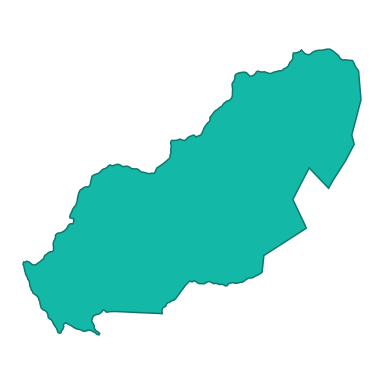 Iaçu, Bahia, Brazil
{"feature_id": "56859067B4300618576935", "entity_name": "Iaçu", "entity_type": "district", "adm_level": 2, "iso_a3": "BRA", "parent_name": "Brazil", "parent_adm1": "Bahia", "projection": "orthographic", "projection_center": [-40.195, -12.802], "detail": "fine", "context": "isolated", "style": "filled", "palette": "teal", "viewbox_px": 384, "rotation_deg": 0, "n_neighbors": 0, "source": "geoboundaries", "source_scale": "gbopen_adm2", "svg_char_len": 4785}
<svg xmlns="http://www.w3.org/2000/svg" viewBox="0 0 384 384"><path d="M26.4,261.2L25.3,262.3L23.7,261.9L23.0,264.2L23.8,266.1L24.3,268.6L24.6,270.3L25.3,272.6L25.7,274.5L26.6,276.0L27.3,277.3L27.8,279.3L29.1,280.8L29.5,283.0L29.8,285.8L30.8,288.0L31.3,290.1L32.5,291.2L33.0,293.1L34.7,294.3L36.1,295.3L37.7,296.7L38.5,298.0L38.8,299.4L39.4,300.8L39.9,302.5L40.0,303.9L40.6,305.8L41.1,307.8L43.1,309.9L44.9,310.5L46.0,311.4L47.1,312.6L48.0,315.2L48.1,317.3L49.6,319.0L51.1,319.6L52.4,321.3L53.2,323.4L54.1,324.8L55.2,326.5L56.6,328.5L57.4,330.8L58.0,332.6L59.8,333.3L61.2,332.4L61.4,331.0L62.6,329.6L63.3,328.1L63.8,326.8L63.5,325.1L64.0,323.8L65.7,322.8L67.8,324.0L70.3,325.1L72.5,326.6L73.8,327.4L75.3,328.3L77.1,329.0L79.2,329.5L81.1,330.0L83.0,331.1L84.5,331.3L86.3,330.9L88.2,330.2L89.9,330.2L91.9,330.9L94.1,332.2L95.7,333.2L97.1,334.4L98.9,334.9L99.8,333.5L98.3,332.2L97.1,331.3L95.6,330.4L94.4,328.3L94.3,326.0L93.4,324.0L92.5,322.7L91.6,321.1L92.4,318.7L92.9,316.8L94.3,315.5L96.1,314.7L98.8,314.0L100.8,312.8L102.1,311.4L103.3,310.1L104.7,310.4L105.9,312.0L107.7,312.1L110.2,311.6L115.0,311.5L119.7,311.7L126.4,312.0L130.5,312.2L138.6,312.6L162.3,313.6L161.9,311.1L162.5,308.4L164.1,307.0L165.8,306.2L166.3,304.4L167.7,302.8L169.6,302.4L170.7,301.3L172.4,300.5L174.1,300.1L175.7,298.6L185.6,285.2L189.6,281.1L192.2,281.9L194.3,280.6L195.9,281.5L197.1,282.6L198.9,283.6L201.3,283.7L203.9,283.8L206.1,282.8L207.3,281.9L209.0,281.6L210.7,282.0L212.2,282.8L213.7,283.7L215.7,283.1L218.0,284.1L220.0,284.5L222.3,284.3L224.0,285.0L225.3,285.9L227.3,285.6L228.2,283.9L230.5,283.1L232.5,282.5L234.2,283.1L236.6,283.4L238.2,282.9L240.0,282.4L242.6,282.1L244.2,281.0L245.5,280.0L246.8,279.2L248.2,278.1L249.8,278.0L251.4,278.0L253.3,277.4L255.1,276.2L256.9,275.4L258.5,274.7L259.6,273.9L260.9,273.3L262.1,272.1L263.9,255.5L306.2,228.3L305.3,225.6L292.8,199.4L293.9,197.5L300.1,185.4L309.2,168.0L328.6,188.3L332.7,180.9L345.4,161.0L354.2,144.3L351.8,134.9L357.1,114.8L360.4,102.0L361.0,100.0L358.6,71.1L357.4,69.2L356.2,67.8L355.1,65.9L353.6,62.3L352.6,60.6L350.2,60.3L348.3,60.3L346.7,59.9L345.2,59.8L343.4,60.0L341.7,59.6L339.8,57.8L338.6,55.7L337.1,54.3L335.8,53.4L333.7,51.5L332.1,50.5L329.7,49.1L326.7,49.2L324.8,49.6L322.0,50.2L320.6,50.2L318.9,50.2L316.8,50.6L315.1,51.0L313.6,51.7L312.1,52.5L310.7,54.0L309.1,54.6L307.1,54.5L305.8,54.0L304.6,53.3L302.6,51.3L301.4,49.9L300.3,51.2L298.6,52.1L297.1,52.6L295.6,52.9L293.4,53.0L292.9,54.9L292.9,58.5L291.7,60.6L290.1,62.0L289.4,63.4L288.2,66.1L285.9,68.0L283.8,68.8L282.3,70.5L279.7,70.8L277.5,71.2L275.6,71.8L273.9,72.1L272.4,72.8L271.0,73.5L268.8,73.3L266.5,72.5L264.6,71.8L262.4,72.0L260.8,71.9L259.3,71.5L257.5,71.1L256.3,71.9L255.6,73.3L254.1,74.9L251.9,76.0L249.5,76.0L247.9,74.1L246.6,72.8L245.1,72.3L243.6,72.1L241.9,72.4L239.9,72.7L238.0,73.2L236.4,73.9L235.0,75.5L234.7,78.7L234.2,80.6L233.0,82.2L232.0,84.0L232.3,86.9L232.7,89.5L232.4,92.1L232.4,93.6L232.3,95.8L231.9,97.5L230.7,99.1L229.0,100.6L226.7,101.1L225.5,102.2L224.2,103.1L223.0,104.4L222.2,106.0L220.5,107.0L218.7,108.3L217.0,109.9L215.4,110.6L214.3,111.9L213.1,113.3L211.6,115.5L209.9,117.4L210.1,119.7L209.3,121.7L207.7,122.9L205.8,125.3L204.5,127.3L203.7,128.7L202.8,131.5L201.5,133.8L200.6,135.0L197.8,136.2L195.8,137.0L194.4,135.3L192.9,135.2L191.4,135.9L189.6,136.5L188.4,137.2L187.3,138.1L186.4,139.3L184.6,140.6L182.8,140.2L179.9,139.1L177.9,139.9L176.4,140.3L174.0,140.5L171.8,140.3L170.8,141.7L170.7,143.7L171.3,145.8L170.9,148.4L170.7,151.3L171.0,153.1L170.0,155.1L170.2,157.4L169.2,158.5L166.5,160.9L164.6,162.5L162.9,163.9L160.6,165.5L158.4,167.0L156.8,168.0L155.9,169.9L155.1,172.1L154.0,173.5L151.7,173.1L150.0,173.7L147.2,173.3L145.8,172.8L143.5,172.3L141.2,171.9L139.6,170.7L138.5,169.6L136.6,168.8L134.1,168.9L131.7,168.7L129.4,167.0L127.0,166.1L125.0,166.3L123.1,166.7L121.7,166.1L120.1,164.9L117.7,164.2L115.2,164.9L112.3,165.9L110.0,164.9L108.4,165.9L106.8,167.7L104.8,168.6L102.4,169.5L100.5,171.6L98.9,173.0L96.9,173.8L94.2,174.8L92.0,176.2L91.4,178.6L90.8,181.5L90.1,185.0L89.2,186.3L87.5,186.8L85.7,186.9L84.2,187.4L82.7,188.4L80.9,189.5L79.8,190.6L79.0,192.6L78.4,194.3L78.0,195.9L77.6,197.6L77.4,199.1L77.2,201.0L76.5,203.1L75.8,205.2L74.6,206.5L73.7,207.7L72.5,209.5L71.9,211.6L71.0,213.2L70.3,214.8L69.8,216.4L69.9,217.8L71.6,218.3L73.7,218.7L73.8,220.4L73.7,222.1L72.6,223.9L70.9,223.7L69.5,224.2L68.2,225.6L67.3,227.4L66.4,228.9L65.0,230.2L63.5,231.4L61.5,232.4L59.3,233.0L57.5,233.2L55.6,234.9L55.3,238.0L54.4,240.0L53.4,242.2L53.2,244.5L53.5,247.1L53.5,249.3L53.3,250.7L52.3,251.7L50.5,251.7L48.9,252.3L47.6,253.4L46.2,254.6L44.8,255.4L44.1,256.9L43.8,258.3L42.6,259.4L40.2,261.5L38.5,262.8L37.1,263.7L36.0,264.6L34.2,265.0L32.2,264.6L30.3,262.9L29.0,261.9L26.4,261.2Z" fill="#14b8a6" stroke="#0f766e" stroke-width="1.5"/></svg>